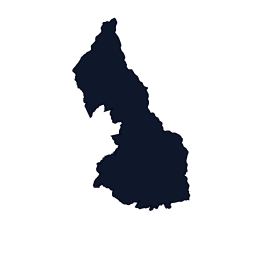 the district of Novo Acordo, Tocantins, Brazil, rotated 47°
{"feature_id": "56859067B81404235342349", "entity_name": "Novo Acordo", "entity_type": "district", "adm_level": 2, "iso_a3": "BRA", "parent_name": "Brazil", "parent_adm1": "Tocantins", "projection": "robinson", "projection_center": [-47.429, -10.16], "detail": "fine", "context": "isolated", "style": "filled", "palette": "ink", "viewbox_px": 256, "rotation_deg": 47, "n_neighbors": 0, "source": "geoboundaries", "source_scale": "gbopen_adm2", "svg_char_len": 5867}
<svg xmlns="http://www.w3.org/2000/svg" viewBox="0 0 256 256"><g transform="rotate(47 128 128)"><path d="M42.9,95.4L43.2,96.3L43.0,97.4L43.1,98.4L43.5,99.1L44.9,100.0L46.1,101.2L46.3,102.1L46.3,102.8L45.7,105.2L45.3,106.0L45.2,106.7L45.3,108.6L44.9,110.2L45.1,112.5L44.9,113.4L45.1,114.4L46.0,115.9L46.3,117.6L46.9,119.5L47.1,121.8L47.7,124.8L47.8,125.7L47.7,126.4L48.1,128.2L48.5,129.0L49.3,129.4L50.0,129.1L51.0,129.2L51.9,128.9L52.5,128.5L52.9,129.2L54.8,129.8L54.6,130.6L54.7,131.2L56.1,131.9L56.2,132.8L56.7,133.6L58.1,133.4L58.7,133.7L60.0,133.6L60.4,134.4L61.5,135.2L62.2,135.4L63.1,135.5L63.9,136.5L64.7,136.7L65.0,136.0L65.8,135.7L66.7,136.0L70.0,135.7L70.6,136.1L72.0,136.1L72.8,136.6L74.0,137.7L75.5,138.3L76.3,139.1L76.5,140.2L77.2,140.5L77.7,141.3L79.0,142.2L79.7,142.1L81.1,141.1L81.7,141.7L81.9,142.6L82.3,143.2L82.5,143.9L83.0,144.4L84.4,144.7L94.3,148.0L94.5,147.1L93.9,145.9L92.5,144.1L92.1,143.2L92.2,141.9L92.5,140.9L92.1,140.4L92.1,139.5L91.7,138.2L91.9,136.6L92.2,135.8L92.2,135.0L91.8,134.4L91.6,133.7L92.0,132.9L92.5,132.6L92.7,131.2L93.4,130.2L93.9,129.0L95.4,129.4L96.2,129.9L97.5,130.5L98.4,131.8L99.0,132.0L99.5,132.5L99.8,133.3L103.1,126.5L103.7,127.2L103.9,128.5L104.3,129.1L104.6,129.7L105.1,130.6L105.8,131.3L106.4,131.7L107.2,131.6L107.8,131.9L108.6,131.7L109.2,132.7L110.3,133.6L111.0,133.3L112.1,133.6L112.5,134.3L113.4,134.9L115.5,134.1L115.9,133.3L115.9,131.8L116.5,131.2L116.8,130.5L117.7,129.5L118.1,128.5L119.0,128.1L121.1,129.0L121.5,129.6L121.2,130.5L121.3,131.6L122.1,131.9L122.7,131.9L123.2,133.0L123.7,133.8L124.0,135.2L124.6,136.1L125.5,137.0L126.1,137.6L126.9,137.7L127.8,137.1L122.9,145.4L124.1,145.3L125.3,146.2L126.1,146.3L128.7,146.1L129.3,147.3L130.9,147.6L131.6,147.6L133.9,146.3L134.8,146.4L135.3,146.9L135.3,147.6L136.4,148.8L135.9,149.5L135.7,150.2L136.0,151.1L136.0,152.2L136.6,153.0L136.6,154.0L136.3,154.8L136.9,154.7L137.6,154.4L137.9,155.1L138.4,155.5L137.7,156.3L136.8,156.5L136.2,158.1L136.4,159.0L136.2,159.9L135.3,160.1L134.7,160.9L134.5,161.6L134.2,162.2L134.1,163.2L133.4,164.0L134.3,164.4L133.9,165.0L133.9,165.9L133.3,166.6L133.9,167.5L134.5,168.1L133.9,169.6L133.9,170.5L134.7,171.0L134.6,171.9L134.7,172.7L133.9,172.8L133.4,173.8L133.3,175.0L134.3,174.7L136.1,177.4L136.3,178.3L137.9,179.6L138.8,179.7L139.7,179.7L140.4,179.6L141.2,179.6L141.8,179.2L143.0,180.3L143.1,181.2L143.7,182.8L143.5,184.0L143.8,184.9L143.7,186.2L144.6,189.4L145.5,189.7L145.5,190.5L146.5,192.2L148.2,192.8L151.3,189.6L150.7,189.0L150.7,187.6L151.0,186.6L151.0,185.3L152.1,184.8L152.6,185.0L153.9,185.2L154.7,184.5L156.7,184.2L157.3,183.8L158.6,182.5L159.2,182.3L160.8,182.5L161.8,182.3L162.9,181.1L163.5,181.3L165.1,183.4L165.9,184.2L166.6,184.4L166.9,185.1L168.4,185.1L168.7,184.5L171.4,184.1L172.0,183.7L173.7,183.6L174.6,183.3L175.4,183.7L177.1,183.2L179.8,182.8L181.2,182.0L181.9,181.1L184.0,180.0L184.6,179.2L185.1,177.0L185.9,175.6L185.7,174.9L185.9,173.6L187.5,172.5L188.9,170.8L189.2,170.0L190.9,176.2L191.7,176.0L192.0,175.4L192.7,174.8L194.9,174.3L196.1,171.9L196.6,171.2L196.7,170.2L198.1,169.6L198.6,169.0L198.9,168.3L199.5,167.3L199.7,166.4L199.5,165.0L200.1,164.4L200.8,164.5L202.6,167.7L203.3,167.7L204.0,166.0L203.9,165.1L203.4,164.0L203.1,162.6L205.2,162.3L205.9,162.1L205.5,160.9L206.3,160.9L205.7,159.6L205.4,158.1L205.4,157.0L205.9,156.3L206.8,156.2L206.8,154.4L207.3,153.6L208.4,153.0L209.6,153.5L210.6,154.1L212.5,154.4L212.6,153.3L213.3,152.9L214.0,153.0L214.6,152.6L215.0,151.4L214.8,150.5L214.0,150.3L213.3,150.3L212.4,149.6L212.1,148.2L211.1,147.8L212.1,146.7L214.4,143.7L214.7,143.0L215.5,141.6L216.0,140.4L217.2,139.6L218.0,138.5L218.3,137.8L218.6,136.0L219.1,135.1L220.2,134.4L220.7,132.9L221.6,132.4L220.8,131.7L220.0,130.9L219.3,129.0L216.1,128.1L215.6,127.1L214.8,127.2L214.1,126.6L213.4,125.9L213.0,124.9L212.4,124.3L211.6,122.8L210.8,122.6L208.9,122.3L206.8,121.6L206.2,121.1L205.7,119.8L204.8,119.3L203.7,119.1L202.9,119.2L201.8,119.9L200.3,119.0L200.2,118.3L200.5,117.4L200.1,116.9L199.6,116.6L199.4,115.8L199.8,114.7L199.2,114.0L197.5,113.1L196.8,112.4L196.2,111.7L195.6,110.4L194.8,109.7L193.9,109.4L192.9,109.3L192.0,108.8L190.8,107.6L190.0,106.3L187.8,103.2L187.4,102.1L186.4,100.6L185.6,100.4L184.2,100.4L183.4,100.0L181.7,100.1L179.7,100.6L177.8,100.0L177.2,99.6L176.6,99.5L175.2,99.5L174.7,98.9L174.4,97.6L174.0,97.0L173.0,95.9L172.3,96.3L171.8,95.9L170.9,95.9L170.2,95.5L168.7,95.6L167.3,95.9L166.2,96.5L165.4,96.6L163.9,97.3L162.0,99.4L160.7,99.8L159.3,99.9L158.3,100.2L157.8,101.1L156.9,101.7L156.2,103.3L155.1,103.9L153.3,104.0L152.3,103.5L151.8,102.8L150.8,102.3L149.7,102.3L148.6,101.7L148.3,100.8L147.4,99.9L144.8,100.4L143.7,100.8L143.0,100.1L141.0,99.6L140.2,100.1L139.4,100.4L137.9,100.5L135.5,99.5L134.4,99.6L133.6,100.3L133.1,101.4L132.5,102.0L131.1,101.3L129.5,100.8L128.5,100.8L126.1,100.2L125.4,99.5L124.1,96.7L123.1,95.9L122.3,95.0L119.8,94.1L118.7,91.9L117.0,90.5L112.9,89.3L112.2,88.8L112.0,87.7L112.1,87.0L111.5,86.6L110.5,87.5L108.7,88.2L107.1,88.2L105.2,87.3L104.4,87.2L101.9,88.1L100.1,87.6L97.4,86.4L96.5,86.3L94.0,86.8L93.1,86.6L92.0,86.9L90.9,86.2L89.5,86.3L88.7,85.8L87.9,85.9L86.5,87.6L85.1,88.3L84.3,88.3L83.7,88.1L82.0,87.9L81.2,87.1L80.4,86.0L79.7,86.0L78.9,85.6L77.0,85.1L76.2,85.4L75.5,85.0L75.0,84.4L74.3,82.8L73.6,82.1L72.9,82.1L72.3,81.5L70.3,80.8L66.9,80.6L64.3,79.4L63.4,78.8L62.9,77.4L62.4,76.9L60.6,75.9L55.6,73.8L54.2,73.5L50.7,73.1L49.6,73.1L48.7,72.6L47.8,70.5L47.2,69.9L46.1,69.3L45.1,68.2L44.4,67.2L43.4,64.8L42.9,64.4L41.7,63.8L40.9,63.7L39.8,63.2L38.7,63.3L37.9,66.1L37.9,66.9L38.3,69.0L37.9,69.8L37.4,70.2L36.6,70.5L36.1,71.0L35.6,72.6L34.4,74.1L34.6,75.0L35.5,75.4L36.1,76.3L36.0,77.2L36.6,79.0L37.4,79.8L38.4,80.1L39.1,80.6L39.7,81.2L40.2,82.6L40.3,83.5L40.2,84.4L40.4,86.3L40.0,88.2L40.0,89.1L40.3,89.8L40.9,90.6L41.4,91.1L42.1,91.5L42.6,92.2L42.9,93.8L42.9,95.4Z" fill="#0f172a" stroke="#020617" stroke-width="1.5"/></g></svg>